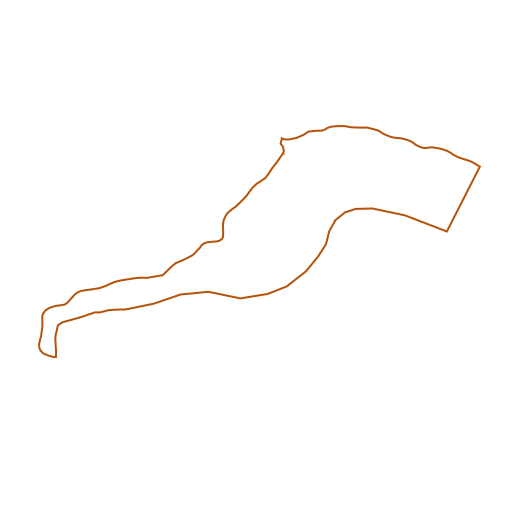 outline of Fond Eau Rouge, Anse-la-Raye, Saint Lucia, rotated 289°
{"feature_id": "8701671B4886377420508", "entity_name": "Fond Eau Rouge", "entity_type": "district", "adm_level": 2, "iso_a3": "LCA", "parent_name": "Saint Lucia", "parent_adm1": "Anse-la-Raye", "projection": "equal_earth", "projection_center": [-61.032, 13.949], "detail": "fine", "context": "isolated", "style": "outline", "palette": "amber", "viewbox_px": 512, "rotation_deg": 289, "n_neighbors": 0, "source": "geoboundaries", "source_scale": "gbopen_adm2", "svg_char_len": 2643}
<svg xmlns="http://www.w3.org/2000/svg" viewBox="0 0 512 512"><g transform="rotate(289 256 256)"><path d="M413.4,438.6L413.5,438.0L413.6,437.3L414.3,434.5L415.2,429.7L415.4,425.2L415.3,422.7L415.2,418.8L415.2,415.5L415.5,412.9L416.0,409.5L417.1,405.7L417.6,402.2L417.7,399.3L417.5,395.5L417.1,392.7L416.5,389.3L415.9,386.7L415.1,384.7L413.1,380.9L412.5,377.8L412.6,375.7L412.8,373.2L413.2,370.6L414.4,367.1L414.8,365.0L415.0,362.0L414.9,358.4L414.4,354.4L413.9,352.3L413.1,349.3L413.0,348.6L412.8,347.3L412.5,344.6L412.9,336.8L414.4,331.3L414.3,327.8L413.9,323.0L413.5,318.8L411.8,314.2L410.0,308.5L408.7,304.1L407.7,297.5L405.3,290.9L405.1,290.2L402.9,285.3L400.6,282.1L397.8,279.8L395.8,277.1L393.5,270.9L391.5,266.9L390.6,264.9L386.0,261.5L380.7,255.6L376.8,248.9L376.2,247.1L375.5,244.4L375.7,242.1L374.5,242.3L372.3,242.5L370.2,242.7L368.1,245.9L364.5,248.1L362.2,248.2L361.9,248.4L361.9,248.0L360.9,247.8L357.5,246.9L350.9,245.0L344.6,242.8L337.4,241.0L332.6,239.3L328.6,236.3L324.8,233.3L319.8,230.6L314.0,228.7L309.7,227.4L304.7,225.1L300.4,223.0L296.3,220.9L296.0,220.7L292.8,218.4L289.3,216.2L286.8,214.9L283.9,214.2L279.7,213.8L275.3,214.4L272.6,215.4L269.5,216.6L265.6,218.0L262.7,218.6L260.4,217.9L258.3,216.2L256.7,213.5L254.9,209.2L253.1,205.5L251.3,203.0L250.1,202.2L248.7,201.1L245.6,200.3L241.7,198.4L237.8,196.8L235.2,195.0L232.6,192.5L229.4,189.3L226.3,186.0L223.2,182.5L219.6,180.2L207.6,174.1L206.6,172.5L199.6,159.5L198.3,155.0L196.5,150.6L194.0,145.7L191.7,141.4L189.4,137.1L187.3,133.6L185.3,130.7L184.9,130.1L182.6,127.8L182.6,127.4L181.9,126.9L179.5,124.4L177.6,122.1L175.0,119.0L173.6,116.6L170.7,111.0L168.2,106.0L165.8,101.7L163.8,99.5L161.2,97.5L157.6,95.9L153.3,94.1L151.5,93.3L149.3,92.2L147.6,90.6L145.8,87.3L145.4,86.5L144.2,83.9L142.0,80.5L139.4,77.3L136.3,74.8L132.2,73.4L129.4,73.5L125.8,74.9L121.0,76.6L120.6,76.7L117.3,77.5L116.7,77.6L116.2,77.6L115.6,77.8L114.0,78.1L111.7,78.6L109.9,79.0L107.3,79.1L102.9,79.4L101.1,80.0L98.5,81.1L97.0,82.6L96.4,83.1L94.7,86.3L94.4,89.0L94.3,91.3L94.5,97.0L95.4,99.7L100.3,98.2L105.9,95.8L109.9,94.2L112.9,93.0L116.0,92.3L120.4,91.9L124.2,91.4L126.1,91.4L128.0,92.7L130.0,94.3L131.3,95.9L134.9,101.3L139.1,107.4L142.9,112.7L146.2,116.7L150.3,122.2L151.6,126.2L153.7,129.7L155.9,132.8L157.7,136.3L160.6,143.5L161.1,144.7L162.4,148.6L164.3,152.4L177.8,175.1L195.1,197.3L206.7,222.8L210.8,255.0L224.0,279.5L237.3,295.0L257.9,308.3L276.1,315.0L288.1,317.9L290.1,318.3L303.3,317.2L315.7,319.4L326.4,326.1L333.0,335.0L338.8,350.5L339.1,352.9L342.2,377.7L342.9,383.8L341.3,428.5L412.2,438.4L412.8,438.5L413.4,438.6Z" fill="none" stroke="#b45309" stroke-width="2"/></g></svg>